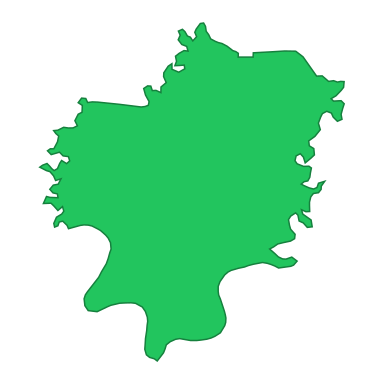 Três Barras do Paraná, Paraná, Brazil (orthographic projection)
{"feature_id": "56859067B38476721445901", "entity_name": "Três Barras do Paraná", "entity_type": "district", "adm_level": 2, "iso_a3": "BRA", "parent_name": "Brazil", "parent_adm1": "Paraná", "projection": "orthographic", "projection_center": [-53.227, -25.448], "detail": "fine", "context": "isolated", "style": "filled", "palette": "green", "viewbox_px": 384, "rotation_deg": 0, "n_neighbors": 0, "source": "geoboundaries", "source_scale": "gbopen_adm2", "svg_char_len": 3523}
<svg xmlns="http://www.w3.org/2000/svg" viewBox="0 0 384 384"><path d="M224.7,325.7L225.7,322.4L225.9,318.0L225.3,314.8L224.4,311.3L223.1,307.3L220.4,299.1L218.7,295.1L218.2,291.5L218.2,286.4L220.0,281.6L224.7,274.9L227.9,272.1L231.1,270.4L238.7,268.2L244.5,267.0L248.5,265.5L253.5,264.2L262.5,262.5L267.3,263.3L271.1,264.5L274.8,266.0L278.6,268.0L290.8,266.3L293.6,265.1L297.1,261.1L291.8,257.1L286.0,259.1L282.6,258.9L278.3,256.9L274.9,253.6L269.6,249.0L273.6,246.9L277.7,244.0L283.4,242.6L290.5,241.1L294.6,238.7L295.1,234.3L290.6,229.2L289.5,225.3L288.5,219.6L290.7,216.1L295.6,212.9L297.9,215.1L299.1,221.0L303.3,222.9L307.3,227.4L312.2,226.8L311.1,220.0L302.8,214.1L301.5,209.7L305.9,211.7L309.7,211.5L309.5,205.6L309.5,202.1L310.8,196.8L313.4,193.5L318.5,192.7L321.1,189.4L321.3,186.1L324.7,181.3L318.5,183.2L317.0,187.5L313.6,189.0L309.2,187.9L304.2,185.7L301.2,184.1L304.1,181.7L307.8,180.9L309.8,177.3L310.4,173.0L311.4,168.0L308.9,166.2L303.6,166.4L297.1,163.8L295.0,160.7L296.1,155.9L300.3,153.7L303.4,157.1L305.2,162.9L310.9,158.2L314.4,154.9L313.8,148.6L309.3,145.8L308.7,140.9L315.0,136.3L320.3,129.7L318.4,123.1L320.7,117.0L322.4,113.6L326.7,111.3L331.4,113.1L333.2,117.1L337.4,121.3L342.0,119.3L341.1,114.4L342.7,108.4L344.2,103.8L341.1,100.7L333.5,101.1L331.1,98.7L336.0,95.8L341.2,90.4L343.6,87.3L344.1,81.6L340.6,81.4L337.5,82.1L333.6,80.7L328.6,81.4L322.2,75.9L316.6,76.1L303.0,56.8L295.7,51.2L284.7,51.0L270.2,51.9L253.3,52.8L253.1,57.1L238.2,57.1L238.3,53.3L235.8,51.6L232.8,50.6L227.1,46.2L222.0,43.5L218.4,42.6L215.4,41.4L210.7,38.9L208.7,34.7L206.2,31.3L205.5,26.4L203.6,23.0L200.3,23.5L196.2,29.1L194.8,32.3L196.6,36.7L192.8,40.9L190.4,37.2L187.4,36.0L184.9,31.6L182.4,29.3L178.4,31.1L180.2,35.2L178.2,39.8L181.8,44.5L186.7,46.4L188.0,51.1L184.0,50.6L179.2,53.3L175.5,56.2L176.5,61.3L174.9,65.7L179.2,65.5L184.2,65.1L184.8,68.8L178.7,72.2L172.0,69.3L171.9,63.7L168.2,66.2L163.8,72.8L163.6,76.6L166.2,82.6L161.0,87.0L160.9,92.6L156.0,90.4L152.3,90.6L150.8,86.1L147.6,85.9L143.7,88.5L145.5,95.0L149.1,101.6L148.3,105.3L145.1,106.5L141.2,107.0L119.2,104.3L97.6,102.1L92.3,101.9L87.6,102.5L85.8,98.5L81.6,98.1L78.2,102.7L82.3,105.4L82.2,108.9L82.0,112.3L78.2,114.2L74.9,120.7L77.4,125.8L73.1,127.9L68.4,128.0L63.7,127.3L57.8,130.2L53.7,130.6L55.9,133.6L58.7,136.0L57.5,141.8L55.4,145.8L53.8,148.8L50.3,148.8L47.5,150.8L51.2,154.6L59.5,152.2L63.1,155.9L68.4,156.6L69.7,160.9L66.6,163.6L61.6,160.5L59.7,163.4L57.5,168.6L54.1,170.6L51.7,168.6L49.6,166.1L47.0,163.5L42.6,165.2L39.8,167.2L46.4,170.6L50.0,171.7L53.6,175.9L55.6,180.5L61.0,178.8L58.2,184.2L53.3,185.1L49.8,189.3L53.0,192.9L57.4,193.9L58.0,197.7L50.0,197.4L46.5,196.5L43.4,203.5L51.0,203.2L53.8,205.9L57.9,210.5L62.5,206.6L63.8,211.2L61.7,214.1L56.5,217.2L53.8,223.4L54.6,227.1L57.9,225.8L59.2,222.0L62.8,221.2L67.1,225.4L68.5,228.7L80.4,225.4L84.0,224.9L88.2,225.1L92.0,226.0L97.7,228.9L100.5,230.5L105.7,235.1L108.2,238.1L110.5,242.7L111.1,249.1L109.8,252.7L108.2,258.5L106.3,263.8L101.5,271.8L98.7,277.3L87.5,291.7L85.4,294.8L84.1,298.8L84.9,305.7L88.2,310.6L97.1,311.7L107.3,306.8L110.8,305.3L119.7,303.2L125.8,302.9L131.1,302.8L135.5,303.3L142.3,307.0L145.4,311.5L147.3,317.1L147.7,321.3L147.1,325.5L146.7,330.6L145.5,338.5L145.2,343.7L144.8,349.3L146.4,354.8L149.6,357.4L154.4,358.8L157.2,361.0L161.0,356.1L163.5,352.8L165.1,348.8L166.3,344.8L170.2,341.7L175.5,339.3L179.7,338.6L190.5,340.5L196.9,340.5L201.3,340.0L206.8,339.2L211.1,338.0L214.9,336.3L220.4,332.8L224.7,325.7Z" fill="#22c55e" stroke="#15803d" stroke-width="1.5"/></svg>